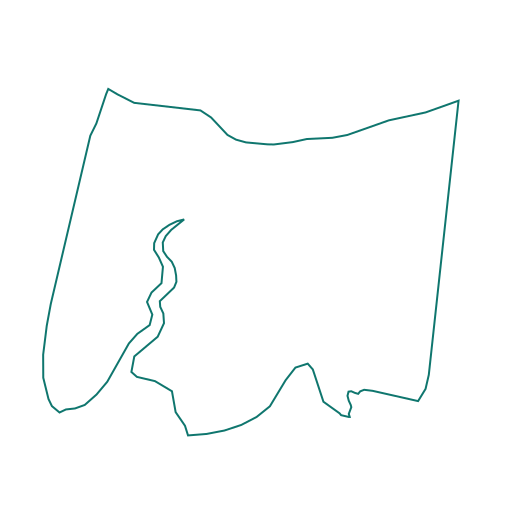 the District of Commewijne, rotated 281°
{"feature_id": "SUR-70", "entity_name": "Commewijne", "entity_type": "District", "adm_level": 1, "iso_a3": "SUR", "parent_name": "Suriname", "parent_adm1": "", "projection": "natural_earth1", "projection_center": [-54.973, 5.762], "detail": "fine", "context": "isolated", "style": "outline", "palette": "teal", "viewbox_px": 512, "rotation_deg": 281, "n_neighbors": 0, "source": "natural_earth", "source_scale": "10m", "svg_char_len": 1372}
<svg xmlns="http://www.w3.org/2000/svg" viewBox="0 0 512 512"><g transform="rotate(281 256 256)"><path d="M87.4,206.9L107.2,199.3L113.9,180.7L114.6,162.2L118.4,155.8L134.2,155.7L158.0,174.9L172.5,178.5L181.9,176.0L187.8,171.7L193.3,170.2L209.4,181.6L215.5,182.8L221.6,181.3L228.7,178.5L234.3,174.4L238.2,168.8L243.1,164.0L251.5,161.9L258.3,163.6L265.5,167.8L278.2,178.5L275.0,171.7L270.1,165.1L264.4,159.4L258.6,155.8L249.2,153.6L242.6,154.7L236.0,160.9L227.7,166.7L211.3,168.4L200.2,160.4L190.1,157.8L178.7,165.4L167.9,164.8L157.0,154.4L145.9,147.9L104.2,134.0L89.6,125.9L77.1,116.3L71.8,107.4L69.1,98.7L64.9,93.0L69.7,84.3L76.0,79.6L95.9,70.4L118.5,65.9L147.6,63.9L169.8,63.7L342.5,70.4L355.6,74.0L386.3,78.0L391.8,79.1L388.2,89.3L383.1,107.2L388.3,173.7L383.4,185.5L369.4,204.9L366.4,214.2L365.6,224.5L367.8,246.0L368.9,252.3L374.8,270.3L380.5,283.5L386.6,308.4L392.2,322.5L414.5,360.5L429.3,395.1L447.1,425.2L172.3,448.3L157.9,447.8L144.5,442.8L145.9,396.2L145.3,387.7L143.0,384.1L140.2,382.6L140.5,379.2L141.4,375.3L140.5,372.7L136.2,372.5L131.6,374.7L127.9,377.4L125.8,378.4L118.7,377.2L115.9,378.7L115.7,377.9L116.0,369.9L117.5,368.1L125.8,350.0L151.6,335.6L155.5,333.4L160.2,327.3L154.0,316.0L139.8,308.8L111.1,298.3L98.1,287.3L87.3,273.7L78.6,258.2L76.5,252.9L71.9,241.5L66.9,223.5L75.8,218.7L87.4,206.9Z" fill="none" stroke="#0f766e" stroke-width="2"/></g></svg>